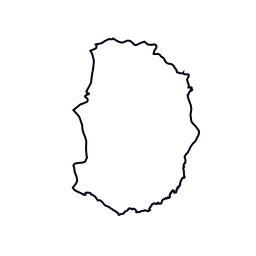 the district of Kutai Barat, Kalimantan Timur, Indonesia, rotated 219°
{"feature_id": "22746128B93368126922918", "entity_name": "Kutai Barat", "entity_type": "district", "adm_level": 2, "iso_a3": "IDN", "parent_name": "Indonesia", "parent_adm1": "Kalimantan Timur", "projection": "albers", "projection_center": [115.749, -0.471], "detail": "fine", "context": "isolated", "style": "outline", "palette": "ink", "viewbox_px": 256, "rotation_deg": 219, "n_neighbors": 0, "source": "geoboundaries", "source_scale": "gbopen_adm2", "svg_char_len": 5343}
<svg xmlns="http://www.w3.org/2000/svg" viewBox="0 0 256 256"><g transform="rotate(219 128 128)"><path d="M119.8,205.5L119.8,205.2L121.0,203.9L122.9,202.9L124.1,202.7L125.1,202.1L127.0,203.6L129.2,204.1L131.3,204.9L132.9,205.1L134.8,204.9L137.1,203.4L138.8,203.0L140.7,203.2L141.7,203.6L142.5,204.1L144.0,204.6L146.1,204.7L146.4,204.4L147.6,204.4L148.4,204.7L149.6,205.0L151.3,204.5L152.7,203.1L154.6,201.6L154.9,201.8L156.4,205.4L156.4,208.2L157.9,209.9L160.0,209.7L161.7,207.8L163.2,206.5L165.1,205.4L169.6,205.4L170.3,204.4L171.4,202.5L173.8,197.6L173.9,197.4L175.0,196.8L175.8,196.9L176.1,196.7L178.4,197.1L180.7,197.1L182.2,196.5L183.6,195.3L185.7,191.4L186.6,190.5L188.4,189.5L191.6,188.7L195.9,188.2L196.0,187.2L197.5,185.9L198.6,185.3L199.4,184.0L200.7,181.1L201.8,177.5L203.0,175.8L204.9,173.7L205.7,172.6L203.9,172.0L203.1,170.0L203.9,168.0L205.9,164.4L205.4,164.1L203.1,163.3L200.7,161.8L196.6,158.6L194.0,154.6L191.9,151.2L189.9,147.4L185.3,140.0L184.3,135.7L183.6,131.4L183.2,130.1L182.7,130.0L182.1,129.5L181.8,129.4L181.4,129.5L180.9,129.9L180.3,130.2L180.2,130.2L179.8,129.8L179.8,129.5L179.8,129.4L180.0,129.2L180.3,128.9L180.5,128.8L181.0,127.6L181.3,126.9L181.4,126.2L181.4,125.6L180.7,125.2L179.2,125.3L178.3,125.2L177.7,125.0L177.3,124.7L176.8,124.2L176.7,124.0L176.5,123.4L176.4,122.5L178.5,118.4L179.0,117.8L179.6,116.7L179.8,116.4L181.3,109.5L181.7,107.5L175.6,106.6L173.9,106.3L172.9,105.9L171.7,105.3L165.9,101.7L165.1,101.0L163.2,99.0L162.4,98.3L160.4,96.7L159.0,95.8L157.5,95.1L155.9,94.2L154.3,93.0L152.9,92.1L152.0,91.4L147.1,84.9L142.3,80.0L141.3,79.4L140.4,75.8L140.1,74.9L141.5,72.6L142.1,71.9L142.3,71.8L144.1,70.1L144.9,69.2L145.9,68.1L146.6,67.2L147.0,65.6L146.8,64.4L145.3,63.5L144.7,63.2L142.3,60.7L142.0,60.5L141.6,60.4L141.2,60.0L137.4,57.8L134.2,55.0L133.4,51.4L133.4,46.9L130.9,46.1L126.5,46.9L120.4,48.5L120.3,48.3L119.0,49.4L120.1,50.5L119.8,51.6L118.4,52.4L117.7,53.1L116.6,53.7L115.8,53.7L114.7,53.1L113.8,53.7L111.2,53.9L109.7,53.9L107.3,53.1L105.7,52.8L104.4,54.2L101.7,54.3L98.4,53.6L97.3,53.4L94.0,54.4L92.8,54.7L90.9,54.7L89.6,54.9L87.6,54.9L86.7,55.2L85.4,55.5L83.9,55.3L83.2,55.5L81.7,55.5L80.8,54.7L80.4,55.0L80.1,55.0L79.3,56.7L77.6,58.7L77.6,59.9L77.9,61.0L76.5,63.5L76.7,65.4L76.4,66.6L75.1,67.0L74.9,67.0L73.3,67.6L73.3,68.5L72.1,69.1L70.9,69.2L70.0,68.9L69.3,68.6L68.7,67.8L68.4,67.8L66.3,70.0L65.7,70.7L65.3,71.9L63.8,73.5L63.3,74.5L62.4,74.8L61.9,75.2L60.0,76.0L60.1,76.7L59.7,77.1L59.4,77.5L59.2,77.8L59.2,78.0L59.8,78.1L60.2,78.5L60.6,78.7L61.0,80.5L60.8,81.2L60.7,81.6L61.0,82.8L61.3,83.2L61.3,83.6L61.0,84.1L61.1,84.3L61.0,84.5L60.8,84.8L60.6,85.1L60.5,85.6L60.2,86.0L59.6,86.2L59.3,86.5L58.7,86.4L58.0,86.8L57.8,87.0L58.0,88.6L57.6,89.0L57.2,89.1L56.3,88.8L56.0,88.8L55.5,89.2L55.0,89.7L54.7,90.3L54.7,90.6L55.0,91.1L55.3,91.5L55.4,91.8L55.8,93.8L55.7,94.3L54.8,96.2L54.6,97.3L54.0,97.4L53.6,97.4L53.4,97.9L53.3,98.9L53.1,98.8L52.9,98.8L52.7,98.9L52.1,99.5L52.0,99.8L52.1,101.0L52.7,101.2L53.0,101.4L53.3,102.1L53.5,102.4L53.6,102.8L53.5,103.2L53.6,103.4L54.0,103.9L54.0,104.1L53.7,104.5L53.9,104.7L54.0,104.9L54.0,105.2L54.0,105.5L53.9,105.9L53.9,106.0L54.0,106.1L54.1,106.5L53.9,106.8L54.0,107.6L53.9,107.8L53.6,107.9L52.9,107.3L52.4,107.8L51.9,107.4L51.4,106.9L51.2,106.9L51.2,107.3L51.0,107.6L50.4,107.9L50.2,108.1L50.1,108.3L50.2,108.8L50.3,109.0L50.6,109.3L50.8,109.8L51.4,110.3L51.4,110.8L51.5,111.1L51.3,111.5L51.3,112.1L51.5,112.3L51.8,112.4L51.9,112.5L51.6,112.7L51.4,113.1L51.9,113.6L52.0,113.8L52.0,114.0L51.6,114.2L51.4,114.5L51.4,114.9L51.6,115.2L51.7,115.5L51.6,116.1L51.8,116.3L51.8,116.6L51.9,116.9L52.1,117.2L52.4,117.3L52.6,117.6L53.6,120.1L53.8,120.8L54.2,123.7L53.6,124.1L53.1,124.4L52.9,125.1L53.1,125.6L53.4,125.7L53.9,125.7L54.2,126.0L54.6,126.6L55.0,127.0L56.9,128.8L57.7,130.0L58.7,130.5L59.4,131.1L59.8,131.7L59.8,132.0L59.9,132.3L60.3,132.8L60.1,133.1L60.4,133.2L60.7,133.2L60.8,133.3L61.4,134.3L61.7,134.9L61.6,135.3L61.7,135.5L61.9,135.9L61.9,136.0L61.5,136.4L61.5,137.0L62.1,137.4L62.4,138.3L62.9,139.0L63.7,139.7L65.7,141.0L66.0,141.4L66.1,142.2L66.2,143.0L66.4,144.0L66.3,144.8L66.1,145.9L66.3,147.3L66.7,149.7L67.0,150.7L67.5,152.9L67.7,155.3L67.7,157.5L67.5,158.4L67.5,159.9L67.5,161.3L68.3,163.9L68.5,165.5L68.7,166.5L69.2,167.8L70.2,169.5L70.6,170.0L71.2,170.4L71.8,170.6L73.8,171.1L75.7,171.7L77.2,172.0L80.2,172.3L81.7,172.6L82.1,172.7L82.9,173.1L84.1,174.0L84.8,174.8L85.6,175.6L87.2,177.0L87.5,177.3L88.4,178.7L88.7,179.3L89.7,180.9L90.4,182.2L91.4,183.3L93.3,185.0L94.0,185.5L94.5,185.8L95.3,186.2L96.9,187.3L99.2,188.5L100.0,189.1L101.3,190.1L101.8,190.6L102.5,191.3L102.5,191.6L102.4,191.8L102.2,191.9L102.3,192.1L102.3,192.4L102.4,192.7L102.6,193.0L103.1,195.6L102.9,195.9L102.7,196.0L102.7,196.4L102.6,196.7L102.4,196.9L102.2,197.0L102.1,197.5L102.2,198.1L102.7,198.0L102.9,198.1L103.3,198.0L103.3,198.8L103.5,199.0L103.8,198.6L104.0,198.7L104.1,198.4L104.3,198.6L104.5,198.4L104.4,198.7L104.5,198.7L104.6,199.2L104.8,199.2L105.0,199.1L105.6,198.6L105.7,198.3L106.2,197.9L106.2,197.7L106.3,197.5L106.5,197.5L106.8,197.7L106.9,198.4L107.6,199.4L108.2,199.9L112.3,202.5L112.6,202.8L112.7,203.1L112.9,203.9L113.3,206.1L113.8,207.0L114.2,207.5L114.5,207.6L115.0,207.5L115.3,207.4L116.1,206.6L116.4,206.4L118.2,205.2L118.5,205.2L119.1,205.2L119.4,205.1L119.6,205.2L119.8,205.5Z" fill="none" stroke="#020617" stroke-width="2"/></g></svg>